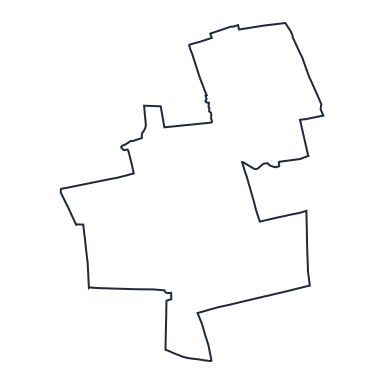 Corni, Galati, Romania (Natural Earth projection)
{"feature_id": "2599482B53256191678615", "entity_name": "Corni", "entity_type": "district", "adm_level": 2, "iso_a3": "ROU", "parent_name": "Romania", "parent_adm1": "Galati", "projection": "natural_earth1", "projection_center": [27.77, 45.857], "detail": "fine", "context": "isolated", "style": "outline", "palette": "slate", "viewbox_px": 384, "rotation_deg": 0, "n_neighbors": 0, "source": "geoboundaries", "source_scale": "gbopen_adm2", "svg_char_len": 3685}
<svg xmlns="http://www.w3.org/2000/svg" viewBox="0 0 384 384"><path d="M87.7,263.3L87.8,266.2L88.2,273.0L88.4,278.1L88.9,287.7L89.0,287.6L92.4,287.5L93.1,287.8L99.6,288.1L114.5,288.6L115.6,288.6L121.0,288.8L122.3,288.8L134.0,289.2L151.1,289.4L152.2,289.4L153.3,289.4L154.1,289.5L159.4,289.9L164.2,290.3L164.4,290.3L164.8,291.3L165.5,292.2L167.0,293.1L171.1,292.8L171.3,299.1L166.5,300.7L166.3,308.9L166.3,311.7L166.0,325.0L165.7,338.3L165.5,348.3L165.5,349.2L165.4,349.7L170.4,351.6L172.3,352.6L173.1,352.9L174.8,353.6L176.7,354.4L178.5,355.0L180.8,356.0L183.0,356.8L184.8,357.3L185.4,357.4L187.2,357.9L189.6,358.3L192.1,358.6L194.5,358.9L196.4,359.1L197.1,359.2L198.6,359.4L198.8,359.4L199.7,359.6L201.3,359.8L203.6,360.2L204.8,360.4L206.0,360.5L208.2,360.8L210.0,361.0L211.4,360.8L211.5,360.6L208.5,345.5L208.1,344.1L206.0,337.6L204.9,334.3L204.1,331.1L201.7,323.2L199.2,317.2L197.5,313.1L208.6,309.9L214.4,308.3L214.6,308.3L218.1,307.2L220.1,306.8L229.4,304.8L240.9,302.0L264.7,296.4L265.0,296.3L267.5,295.8L281.9,292.4L291.5,290.1L291.9,290.0L292.1,289.9L308.6,285.8L309.8,285.6L309.6,283.9L308.0,271.3L307.2,248.9L306.9,233.7L306.8,228.9L306.6,220.8L306.4,213.7L306.4,211.8L306.4,210.8L299.7,212.9L294.0,214.0L288.3,215.1L286.5,215.6L284.7,216.0L278.0,217.4L259.8,221.6L257.4,214.3L255.6,208.5L254.1,202.3L253.4,199.9L252.9,198.3L252.2,195.8L251.5,193.3L250.7,190.6L249.7,186.6L248.8,184.1L248.3,182.1L247.3,178.5L246.3,175.5L245.2,172.3L243.8,167.9L243.3,165.9L242.7,164.2L242.1,162.1L243.5,162.4L249.7,166.2L252.5,167.8L254.0,168.8L254.9,169.1L255.8,169.2L257.7,168.6L262.9,164.1L263.4,163.8L264.5,163.6L267.3,163.2L267.9,163.4L269.2,165.0L270.2,165.6L271.6,166.1L274.5,167.1L275.2,167.2L276.1,167.0L278.5,166.6L279.2,166.1L279.3,165.6L278.8,162.5L278.9,162.1L279.3,161.8L284.4,161.1L300.2,159.0L301.5,158.5L301.8,158.4L307.4,156.2L308.4,155.9L308.1,155.4L300.0,119.8L305.1,119.2L305.4,119.2L305.6,119.2L306.0,119.1L312.5,117.8L319.7,116.3L321.7,115.9L322.5,115.8L323.3,115.6L320.6,109.2L321.3,104.2L318.7,98.1L311.1,81.0L310.3,79.4L309.3,77.3L306.9,70.6L302.3,57.7L301.6,56.1L300.7,54.6L297.9,48.5L292.7,37.2L292.5,35.4L291.0,32.0L290.8,31.4L287.3,26.1L285.3,23.0L277.9,23.9L263.7,25.6L239.2,29.5L239.2,29.4L238.9,29.0L238.1,25.1L233.4,26.6L230.6,26.7L230.2,26.8L229.5,27.1L215.4,31.9L210.3,33.6L211.8,37.9L207.8,39.2L199.6,41.9L193.1,43.6L189.2,44.8L189.9,48.2L192.1,53.7L199.4,76.4L199.6,77.0L204.4,89.7L206.7,95.3L205.5,95.6L206.6,99.2L205.4,101.0L206.0,102.3L208.9,102.8L208.5,106.8L209.3,107.7L209.2,111.5L210.9,112.6L211.4,115.2L211.0,117.9L212.1,121.8L211.1,122.6L169.4,126.8L164.4,127.3L160.7,106.3L144.1,105.7L144.9,115.2L145.1,116.9L145.8,124.2L145.7,126.3L145.3,127.7L144.7,129.2L144.0,130.5L142.1,133.3L141.9,134.2L141.8,138.1L141.3,138.2L134.5,140.5L132.9,141.0L132.1,140.9L131.0,141.0L129.9,141.5L128.1,142.8L127.6,143.1L127.2,143.3L126.2,143.9L125.8,144.3L125.2,144.6L124.8,144.7L124.0,145.0L123.5,145.2L122.2,145.8L121.7,146.2L121.2,146.9L121.2,147.0L121.3,147.3L121.9,148.2L122.1,148.4L122.0,148.5L122.4,148.8L122.6,149.0L122.9,149.3L123.9,150.2L124.0,150.2L124.4,150.2L124.8,150.1L125.2,150.1L125.5,149.9L126.0,149.7L126.5,149.6L127.1,149.5L127.4,149.6L127.6,149.7L127.7,150.0L128.0,150.2L128.5,151.5L129.1,153.7L130.9,161.0L132.0,165.4L133.7,173.4L126.1,175.5L117.4,177.7L107.5,179.6L90.1,183.1L75.3,186.1L68.3,187.5L61.4,188.8L61.0,188.9L60.9,189.9L60.8,191.2L60.7,192.3L61.9,194.9L61.9,195.0L65.4,201.8L65.4,202.0L68.6,208.3L69.1,209.5L71.3,214.3L76.0,224.4L76.2,224.8L76.8,224.5L77.9,224.4L80.7,224.5L83.3,224.6L83.5,226.9L84.0,231.3L84.4,234.6L84.8,237.7L85.5,244.4L86.5,253.1L87.5,261.9L87.7,263.3Z" fill="none" stroke="#1e293b" stroke-width="2"/></svg>